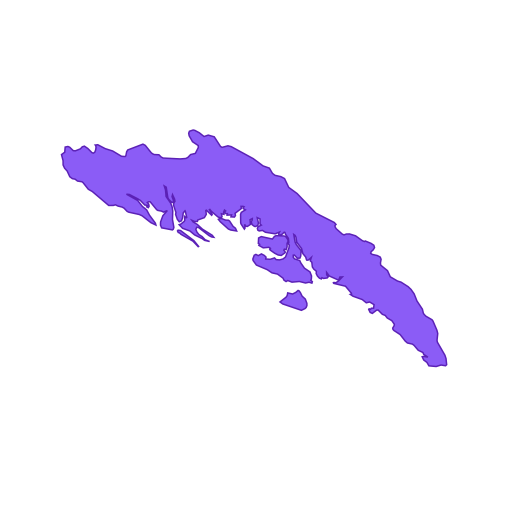 Rakhine, Robinson projection, rotated 327°
{"feature_id": "MMR-3273", "entity_name": "Rakhine", "entity_type": "State", "adm_level": 1, "iso_a3": "MMR", "parent_name": "Myanmar", "parent_adm1": "", "projection": "robinson", "projection_center": [93.662, 19.414], "detail": "fine", "context": "isolated", "style": "filled", "palette": "violet", "viewbox_px": 512, "rotation_deg": 327, "n_neighbors": 0, "source": "natural_earth", "source_scale": "10m", "svg_char_len": 6141}
<svg xmlns="http://www.w3.org/2000/svg" viewBox="0 0 512 512"><g transform="rotate(327 256 256)"><path d="M175.7,81.2L177.4,81.1L179.3,79.7L180.9,77.9L181.7,76.3L181.6,75.4L183.9,76.5L188.0,83.8L193.0,89.9L197.5,99.1L200.4,101.3L201.4,101.1L204.3,98.1L206.2,97.2L222.1,100.6L223.4,102.9L224.4,112.6L225.1,114.2L225.8,115.4L229.7,118.2L230.4,121.4L231.5,123.3L245.3,133.3L250.3,136.0L252.6,136.2L256.4,135.3L261.0,136.9L266.7,133.6L267.7,131.9L265.0,125.6L265.4,118.8L266.4,116.4L268.1,115.1L271.9,116.1L273.1,117.3L275.6,121.8L277.5,127.5L281.8,128.6L285.9,133.3L285.9,144.8L286.7,146.4L292.5,148.3L294.8,150.8L306.7,172.8L311.0,184.3L315.1,189.6L314.8,195.6L315.8,198.6L320.1,203.0L322.1,206.6L320.8,216.3L324.5,226.0L329.5,252.6L339.9,270.5L340.3,273.1L338.9,273.4L338.2,274.6L338.1,276.8L340.3,284.7L341.3,286.2L343.8,286.8L346.5,288.5L350.5,293.3L353.5,301.0L354.8,302.9L355.8,302.9L359.4,308.1L360.7,311.2L360.0,313.5L357.6,314.7L354.9,315.1L353.6,316.3L354.4,318.0L358.0,321.7L359.6,324.6L359.1,326.9L356.6,329.6L355.6,331.6L358.3,339.9L357.3,346.6L361.0,354.0L363.4,356.9L366.9,364.6L367.8,368.5L368.0,373.9L366.5,381.4L366.6,391.2L365.2,395.1L365.2,396.6L365.7,399.0L368.9,405.3L369.0,406.9L367.3,416.8L366.2,420.0L361.9,425.3L361.2,427.0L360.4,442.1L359.5,445.5L356.7,451.0L355.2,451.3L351.8,448.2L346.9,446.8L341.2,442.3L341.4,438.3L340.0,434.6L340.5,431.0L341.9,431.5L345.1,434.4L343.1,429.9L343.4,427.8L340.7,423.4L339.9,417.1L339.2,415.1L335.6,411.4L334.8,408.6L334.1,400.4L331.1,393.6L330.9,392.2L331.4,390.9L334.0,389.6L334.8,388.6L334.7,384.2L332.3,379.5L332.0,376.2L330.2,373.7L329.0,367.9L327.7,367.1L322.3,367.5L321.0,365.5L321.4,362.2L322.1,361.9L323.0,363.1L324.3,362.6L326.2,363.8L328.5,361.1L326.3,356.5L323.0,355.3L321.4,350.4L315.4,342.5L314.2,339.6L315.4,340.0L315.7,339.1L314.6,330.1L306.3,321.3L306.3,320.6L306.9,320.6L308.4,321.9L311.5,321.9L317.1,320.6L314.9,319.3L312.8,320.9L311.5,320.3L306.6,312.7L306.3,308.2L305.0,310.3L305.1,312.8L303.8,313.2L300.4,311.6L299.5,310.1L298.3,310.8L297.1,309.1L296.6,306.3L296.9,303.5L298.3,301.7L297.3,298.4L297.3,295.9L299.4,291.6L298.9,289.6L301.7,287.3L297.8,287.9L296.4,287.3L296.3,286.6L297.1,284.0L296.6,279.5L298.3,274.5L297.7,266.6L299.7,262.2L300.0,260.0L299.4,258.5L296.4,265.5L296.0,268.3L296.7,276.1L293.4,280.5L291.7,281.7L289.5,280.4L288.7,276.1L287.7,275.6L286.5,277.4L286.8,279.5L290.2,283.6L289.8,286.3L290.0,292.6L292.6,298.7L291.7,303.0L289.8,305.6L288.7,306.2L289.3,308.2L288.1,309.2L286.2,306.9L282.8,305.6L278.5,301.0L271.9,297.5L269.3,293.9L267.3,293.8L266.3,291.5L266.6,289.3L264.2,282.9L260.2,278.8L258.0,273.6L251.4,263.8L251.1,258.2L251.7,256.8L254.9,254.4L256.8,254.6L258.1,256.9L261.7,257.2L263.3,260.1L263.8,262.4L262.5,263.8L266.1,266.5L270.5,267.7L270.9,270.0L273.6,272.1L277.1,273.2L280.2,272.9L288.1,267.1L289.8,265.1L289.8,263.0L290.9,262.5L292.8,258.8L292.6,253.9L293.1,252.0L292.6,251.4L289.5,252.0L287.6,251.5L286.8,250.5L287.2,249.5L288.7,248.7L284.1,247.8L276.8,241.2L275.4,238.1L272.3,236.7L271.6,235.3L272.2,233.5L273.7,232.6L277.3,233.0L276.8,231.4L279.6,227.1L277.9,224.5L276.0,229.7L274.1,231.3L271.6,231.0L270.8,230.3L269.8,227.6L270.6,224.7L272.5,223.7L273.3,222.6L270.8,222.3L268.5,226.5L264.8,226.5L263.7,225.5L263.7,223.2L262.0,226.6L260.9,227.1L260.9,220.9L261.3,219.7L265.8,212.6L267.4,211.4L272.2,211.5L271.1,209.3L271.5,208.4L272.8,208.2L272.3,207.4L270.5,206.2L269.6,208.2L261.7,208.8L260.8,210.9L259.1,211.6L256.3,209.5L257.9,208.2L254.0,206.0L255.1,204.9L253.9,204.2L253.5,203.1L253.9,202.0L255.1,201.7L254.6,200.3L252.7,201.6L251.8,203.6L250.0,201.7L248.9,204.6L248.0,204.9L246.1,203.6L245.3,202.4L242.9,194.1L242.7,191.8L242.1,191.8L241.9,197.3L241.0,197.7L239.3,190.5L238.7,190.5L237.0,194.0L233.6,195.7L226.8,194.1L225.7,195.1L223.3,193.6L221.7,191.2L221.8,193.1L224.0,197.7L225.7,204.3L230.6,214.8L230.8,217.3L229.1,215.8L227.7,213.3L223.3,200.8L222.0,199.6L220.1,200.8L219.5,203.7L219.8,206.9L221.4,210.4L222.2,214.7L225.0,218.6L221.4,214.9L220.4,212.2L216.0,204.9L214.2,199.0L209.5,192.8L208.6,187.9L210.1,188.3L214.6,187.9L215.6,187.4L217.7,184.0L218.3,185.9L218.9,185.9L221.1,180.0L221.1,179.4L218.5,180.2L215.0,184.2L212.6,185.9L210.3,185.5L210.0,182.4L211.2,177.4L212.6,175.8L214.5,168.6L215.7,166.9L217.8,166.0L218.7,163.9L219.4,159.1L217.9,160.5L217.1,164.3L216.0,165.7L214.7,165.4L213.7,161.2L213.8,159.1L218.2,149.4L217.2,147.3L216.1,151.3L213.0,157.1L213.2,165.1L212.4,169.2L210.7,172.9L205.8,180.0L202.7,187.3L201.2,188.5L200.1,188.6L192.2,181.0L192.7,178.1L194.5,175.5L199.8,171.5L206.4,169.6L202.3,168.8L201.2,166.9L198.4,164.2L197.9,163.0L196.8,153.0L195.8,152.1L194.0,151.9L194.3,154.1L193.4,156.1L192.0,156.8L191.1,155.2L192.8,154.6L190.5,152.7L189.3,146.5L188.0,143.7L183.3,135.4L181.0,133.6L187.0,145.0L187.7,152.5L189.4,157.8L188.9,163.7L189.5,173.6L188.9,175.5L186.0,170.8L182.4,160.3L180.7,157.6L173.1,149.9L172.2,148.4L171.4,144.0L170.4,142.1L167.4,138.9L166.0,136.5L163.9,135.9L160.0,133.4L153.8,112.7L151.7,108.7L150.9,100.1L150.5,99.0L147.1,95.9L146.1,93.0L144.1,91.1L143.0,88.1L143.9,81.9L143.3,78.1L143.8,74.6L146.1,71.0L148.1,65.0L152.1,64.8L155.3,60.7L157.9,61.7L159.0,63.3L160.1,68.1L161.7,69.4L167.1,70.5L169.8,69.8L171.9,70.4L173.5,74.2L174.7,80.0L175.7,81.2ZM291.5,255.9L291.6,259.2L291.1,261.0L288.9,262.4L287.0,265.3L284.7,267.1L283.5,265.7L282.5,266.3L282.7,268.7L282.0,269.1L277.5,269.3L275.1,267.2L273.2,263.9L271.1,258.7L271.2,257.8L272.1,257.8L272.2,257.2L271.5,255.7L266.5,253.1L264.2,248.7L265.4,248.2L264.8,246.7L268.0,242.3L271.0,242.6L279.0,250.7L282.1,249.6L284.0,249.9L290.3,254.4L291.5,255.9ZM272.8,314.7L273.9,319.0L272.9,323.4L271.7,325.3L270.0,326.5L268.5,326.8L264.5,326.3L252.3,310.8L251.1,307.6L258.8,306.9L260.7,306.1L262.5,304.2L266.0,307.8L269.6,308.2L272.5,307.8L273.1,308.5L273.3,310.8L272.8,314.7ZM252.9,218.6L253.9,221.5L253.4,224.5L248.9,220.4L247.5,218.3L244.7,207.8L244.4,204.7L246.0,204.9L247.7,206.1L250.0,209.3L252.4,211.0L252.9,212.4L252.9,218.6ZM206.6,193.5L212.3,209.3L213.1,216.7L212.6,216.7L211.2,209.2L204.9,197.0L204.4,194.9L203.6,194.0L203.8,192.2L204.7,191.9L206.6,193.5Z" fill="#8b5cf6" stroke="#5b21b6" stroke-width="1.5"/></g></svg>